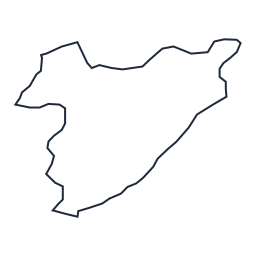 the district of Tranemo, Västra Götaland, Sweden
{"feature_id": "70781695B94862964500573", "entity_name": "Tranemo", "entity_type": "district", "adm_level": 2, "iso_a3": "SWE", "parent_name": "Sweden", "parent_adm1": "Västra Götaland", "projection": "equal_earth", "projection_center": [13.442, 57.51], "detail": "fine", "context": "isolated", "style": "outline", "palette": "slate", "viewbox_px": 256, "rotation_deg": 0, "n_neighbors": 0, "source": "geoboundaries", "source_scale": "gbopen_adm2", "svg_char_len": 962}
<svg xmlns="http://www.w3.org/2000/svg" viewBox="0 0 256 256"><path d="M226.3,94.7L225.8,88.6L225.8,81.8L219.6,76.9L219.6,68.8L223.3,63.2L230.7,57.5L236.9,51.9L240.6,43.0L236.7,39.8L224.3,39.3L214.3,41.5L207.7,52.2L191.2,53.6L182.3,50.0L173.5,46.5L162.4,48.6L155.8,54.3L149.2,60.1L142.5,66.5L122.6,69.4L111.6,68.0L99.4,65.1L91.7,68.0L87.3,63.0L81.8,51.5L77.5,42.4L77.4,42.2L61.9,46.5L46.4,53.6L41.1,55.0L42.0,57.9L40.9,70.8L36.4,74.4L29.8,85.9L22.0,92.4L19.8,98.2L15.4,104.6L29.7,107.5L39.7,107.5L48.5,103.9L59.6,104.6L65.1,108.3L65.1,123.4L61.8,129.9L54.0,135.7L48.5,141.5L47.4,148.0L54.0,155.9L51.8,163.9L46.2,174.0L55.1,182.7L62.8,186.4L62.8,199.5L58.4,203.8L52.8,210.4L66.1,214.0L77.5,216.7L78.3,211.1L88.7,208.0L102.3,203.5L109.4,198.6L121.0,193.6L127.4,187.0L136.2,183.4L143.0,177.9L148.1,172.4L153.3,166.7L157.7,158.6L168.0,148.9L176.4,141.7L188.7,127.6L197.1,114.4L215.8,102.9L226.5,96.7L226.3,94.7Z" fill="none" stroke="#1e293b" stroke-width="2"/></svg>